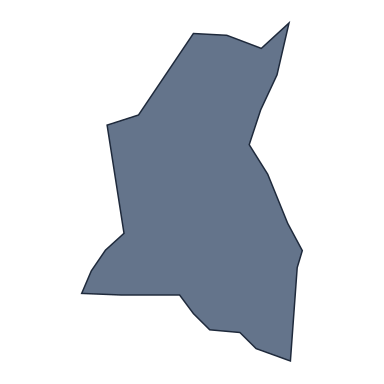 Kole, Natural Earth projection
{"feature_id": "UGA-5605", "entity_name": "Kole", "entity_type": "District", "adm_level": 1, "iso_a3": "UGA", "parent_name": "Uganda", "parent_adm1": "", "projection": "natural_earth1", "projection_center": [32.715, 2.291], "detail": "fine", "context": "isolated", "style": "filled", "palette": "slate", "viewbox_px": 384, "rotation_deg": 0, "n_neighbors": 0, "source": "natural_earth", "source_scale": "10m", "svg_char_len": 424}
<svg xmlns="http://www.w3.org/2000/svg" viewBox="0 0 384 384"><path d="M261.3,48.4L289.0,23.0L277.0,74.9L260.7,109.8L249.2,144.7L267.7,174.2L287.7,223.4L302.3,250.6L297.2,267.6L290.4,361.0L256.1,348.6L239.9,332.5L209.7,329.8L193.5,313.7L179.6,295.0L121.6,295.0L81.7,293.4L91.3,270.9L105.5,250.1L124.0,233.3L107.1,125.1L138.5,115.0L193.4,33.5L226.8,35.3L261.3,48.4Z" fill="#64748b" stroke="#1e293b" stroke-width="1.5"/></svg>